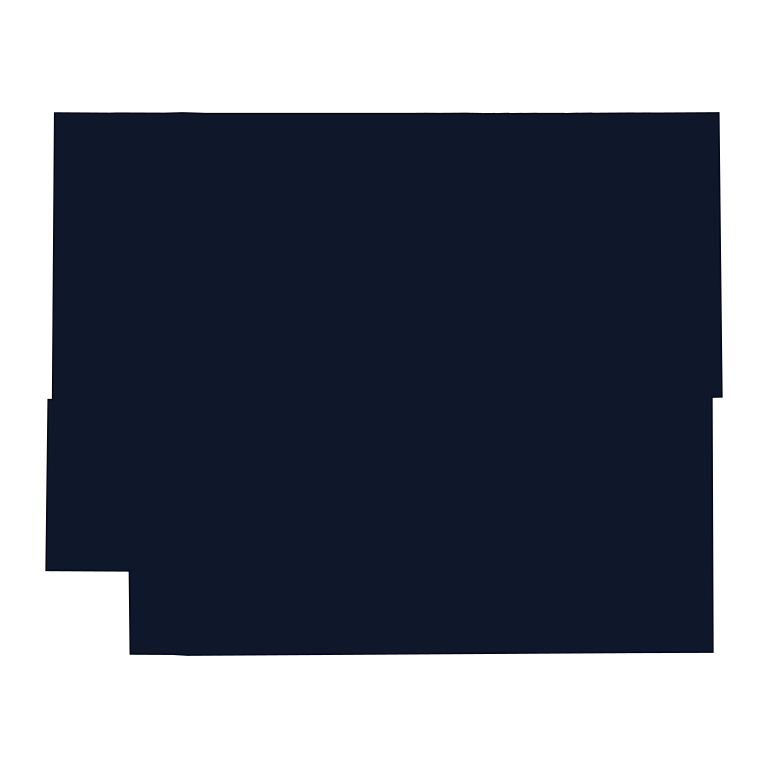 the district of Logan, Colorado, United States of America
{"feature_id": "52423323B37664223028428", "entity_name": "Logan", "entity_type": "district", "adm_level": 2, "iso_a3": "USA", "parent_name": "United States of America", "parent_adm1": "Colorado", "projection": "orthographic", "projection_center": [-103.051, 40.719], "detail": "fine", "context": "isolated", "style": "filled", "palette": "ink", "viewbox_px": 768, "rotation_deg": 0, "n_neighbors": 0, "source": "geoboundaries", "source_scale": "gbopen_adm2", "svg_char_len": 776}
<svg xmlns="http://www.w3.org/2000/svg" viewBox="0 0 768 768"><path d="M629.1,652.4L712.9,652.1L711.9,397.1L721.9,396.9L721.4,354.7L718.8,112.9L656.6,113.3L645.8,113.2L637.0,113.3L632.1,113.2L593.3,113.5L591.2,113.3L579.5,113.5L577.5,113.4L565.6,113.8L564.1,113.6L551.1,113.6L549.9,113.6L537.4,113.6L536.1,113.5L523.5,113.7L522.4,113.6L509.8,113.8L508.5,113.5L497.8,113.8L497.1,113.8L495.7,113.8L494.9,113.7L482.1,113.8L481.2,113.7L468.6,113.5L467.2,113.4L440.8,113.6L437.4,113.6L426.8,113.5L425.7,113.5L413.5,113.6L412.6,113.6L206.8,113.6L205.1,113.6L192.7,113.2L182.2,112.9L164.2,113.4L117.5,113.2L109.7,113.4L54.7,113.0L52.6,399.6L48.2,399.6L46.1,570.4L129.4,570.9L130.3,654.0L172.8,654.2L187.3,655.1L629.1,652.4Z" fill="#0f172a" stroke="#020617" stroke-width="1.5"/></svg>